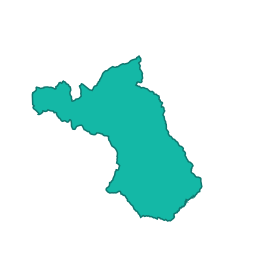 outline of Quan Son, Thanh Hóa, Vietnam, rotated 221°
{"feature_id": "81297802B81765499113898", "entity_name": "Quan Son", "entity_type": "district", "adm_level": 2, "iso_a3": "VNM", "parent_name": "Vietnam", "parent_adm1": "Thanh Hóa", "projection": "orthographic", "projection_center": [104.801, 20.254], "detail": "fine", "context": "isolated", "style": "filled", "palette": "teal", "viewbox_px": 256, "rotation_deg": 221, "n_neighbors": 0, "source": "geoboundaries", "source_scale": "gbopen_adm2", "svg_char_len": 5795}
<svg xmlns="http://www.w3.org/2000/svg" viewBox="0 0 256 256"><g transform="rotate(221 128 128)"><path d="M223.0,92.2L222.1,90.5L221.1,89.4L215.5,83.4L215.3,83.2L213.3,83.1L213.4,81.9L213.1,81.2L212.0,80.7L209.0,80.9L205.2,80.6L204.8,80.2L204.7,79.4L204.0,79.8L203.1,81.5L203.1,82.6L202.8,83.1L202.8,83.9L203.4,85.2L201.6,86.0L200.9,86.6L200.2,88.0L200.3,89.2L198.0,90.0L195.5,91.7L193.7,91.1L193.1,92.1L191.7,92.5L191.2,91.7L189.2,90.7L188.4,90.9L187.1,90.2L185.7,90.6L183.5,89.9L182.2,89.9L181.6,90.3L181.1,91.4L180.3,92.1L179.8,92.3L177.9,92.5L177.3,93.0L177.0,93.8L177.4,96.0L176.8,96.4L175.8,96.1L175.1,95.6L174.0,94.7L172.6,93.1L171.5,92.1L170.0,91.5L169.3,91.0L168.8,91.0L167.7,91.7L167.2,92.4L167.8,95.2L167.5,96.2L166.2,98.3L164.9,99.7L163.6,99.6L160.0,98.0L159.2,98.4L156.0,98.9L155.0,99.8L152.8,99.0L151.5,99.4L149.6,100.4L148.5,101.4L148.2,103.0L148.3,103.9L146.5,105.2L144.9,105.9L144.4,106.0L143.3,106.7L142.0,106.4L140.8,106.7L138.9,108.2L137.1,108.9L136.3,107.8L134.5,106.3L133.0,106.1L130.5,104.8L128.4,103.9L125.1,104.3L123.3,104.0L121.1,103.2L119.9,102.5L119.1,101.7L117.9,100.0L117.8,99.4L116.7,98.9L115.8,97.2L115.0,96.6L113.6,94.1L112.2,94.4L109.6,94.1L108.8,92.1L108.1,90.9L107.9,90.0L108.2,89.3L109.1,89.1L109.5,88.8L109.0,88.0L109.0,86.8L107.1,83.6L106.2,80.4L105.3,78.6L105.5,77.6L105.5,76.2L105.2,75.6L105.5,75.0L106.0,74.7L104.5,72.8L104.1,71.5L104.3,69.7L104.7,68.6L104.4,67.5L103.6,66.8L101.3,66.5L99.1,67.0L97.5,68.8L96.7,69.2L95.9,70.1L94.8,70.9L94.1,71.8L93.9,72.9L93.4,73.8L93.3,74.3L92.2,75.0L91.6,74.8L89.9,73.6L88.8,74.3L87.4,74.1L86.3,74.9L85.6,74.9L83.0,74.0L81.7,73.9L81.1,73.0L80.1,72.6L78.8,73.0L75.8,72.3L73.1,72.3L69.9,70.7L69.0,70.9L68.0,70.5L66.5,71.0L65.0,70.7L63.9,70.1L62.7,70.2L59.8,68.9L59.2,71.5L58.9,72.0L57.6,72.1L56.9,73.0L56.5,73.9L55.4,74.3L54.7,75.3L53.6,75.3L51.9,76.7L49.8,77.0L49.0,77.8L46.2,78.5L46.8,80.0L46.0,80.6L45.1,81.1L44.3,80.8L43.5,81.0L42.8,81.6L40.2,82.1L39.7,82.8L39.5,83.7L37.1,83.8L36.2,85.2L35.2,85.7L34.8,87.1L34.7,88.4L34.3,89.7L34.6,90.4L34.6,91.2L35.1,91.7L35.8,91.6L36.0,92.4L36.9,93.3L36.7,94.0L36.1,95.3L36.0,96.1L35.5,96.2L35.4,96.6L35.7,97.1L35.6,97.6L35.9,97.8L35.4,98.5L35.3,99.3L35.8,100.0L35.7,100.3L36.2,100.5L36.4,101.9L36.0,101.9L36.0,102.3L35.3,102.7L35.3,103.6L35.6,103.7L35.7,104.3L35.0,104.5L34.4,105.4L34.7,105.7L34.5,106.0L34.6,107.1L34.9,107.6L34.6,107.8L35.1,108.2L35.0,108.5L35.5,108.6L35.2,109.4L35.5,109.7L35.4,110.2L36.2,109.7L36.5,109.9L36.5,110.5L35.6,111.0L36.7,111.1L36.8,111.6L37.2,112.2L36.4,112.6L35.7,112.6L35.2,113.0L35.2,114.0L34.8,114.6L34.9,115.2L34.6,116.0L34.6,117.4L34.1,117.2L34.0,117.6L33.3,117.8L34.2,119.6L33.0,119.4L32.7,119.6L33.1,121.9L32.9,123.3L33.2,124.0L32.9,125.9L32.2,127.1L33.4,128.5L33.6,130.1L33.4,130.8L34.0,132.4L35.3,133.2L35.8,133.8L38.4,135.8L38.9,136.6L40.0,137.7L40.9,137.7L42.9,136.9L43.8,136.0L45.3,135.6L46.4,136.1L48.6,136.4L50.0,136.0L50.5,136.0L51.6,136.3L52.4,137.4L52.5,138.0L53.4,138.4L53.4,139.6L54.0,140.2L54.1,142.1L56.0,142.9L57.2,142.8L57.7,143.0L59.0,142.8L59.6,142.4L60.6,142.2L61.3,142.7L63.6,143.3L65.3,144.2L66.6,144.5L67.4,145.1L67.5,145.9L68.4,146.8L70.1,147.3L71.4,147.0L72.2,147.6L72.7,148.7L72.9,148.9L73.9,149.1L75.5,149.1L77.1,148.4L78.0,148.3L79.5,149.0L80.1,149.1L80.9,149.7L82.3,149.7L82.8,149.5L85.1,149.8L86.2,149.6L87.2,149.0L88.6,149.6L90.1,149.8L91.2,149.2L93.7,150.0L94.1,150.3L94.3,151.0L95.3,151.7L98.0,152.2L98.8,152.7L99.4,153.6L101.7,156.0L102.7,156.0L103.1,156.8L103.9,157.5L105.6,158.0L107.4,159.6L107.8,159.7L108.2,160.3L109.6,160.5L110.3,160.9L110.7,162.0L111.2,163.1L111.3,164.4L111.7,165.1L112.5,165.2L113.4,165.9L113.9,166.6L114.9,166.9L116.0,166.5L116.3,165.9L116.5,165.8L117.5,167.0L118.1,168.3L118.2,169.2L118.4,169.5L118.8,169.7L119.5,169.6L120.8,169.1L121.2,169.2L121.9,170.1L122.5,169.9L123.4,170.0L124.5,171.6L125.8,172.4L126.8,171.9L129.0,171.9L129.6,171.2L130.9,170.8L131.9,171.7L132.9,171.5L133.5,171.6L135.1,170.1L137.5,170.0L139.0,170.2L141.7,168.9L142.5,168.9L143.8,167.8L144.1,167.1L145.1,166.8L145.6,166.9L146.8,166.9L147.4,166.2L148.6,166.1L149.9,165.5L150.3,166.0L150.5,167.5L151.1,168.0L150.9,168.9L150.3,169.6L149.1,170.0L148.2,170.6L147.9,171.1L147.9,171.8L148.0,172.3L149.4,173.3L149.5,174.7L149.8,175.3L152.6,177.7L152.5,178.1L152.7,178.5L154.3,179.3L156.7,180.1L157.1,180.0L157.8,180.2L158.2,180.9L158.9,181.4L159.5,182.9L160.6,183.2L161.0,183.6L162.6,184.0L162.7,184.3L162.2,186.7L163.1,187.9L164.0,188.8L165.0,189.0L165.3,188.8L166.3,189.4L166.9,189.5L167.1,188.2L167.6,186.8L167.0,185.9L169.3,182.3L169.9,181.1L170.2,179.7L170.2,178.3L170.6,176.8L172.6,173.9L173.8,173.3L174.2,172.7L175.1,170.6L175.9,167.4L176.7,166.9L176.9,166.0L177.8,165.2L178.5,164.7L179.7,164.4L179.9,164.1L181.0,160.5L181.2,157.8L182.5,156.3L182.8,154.2L182.8,152.7L181.5,149.1L180.9,145.7L180.3,144.8L180.6,143.3L180.1,142.4L180.2,141.4L179.9,140.5L179.5,140.1L179.8,138.9L180.5,137.9L180.7,137.2L180.5,135.9L179.9,134.5L179.9,133.4L179.7,132.8L182.1,131.6L190.9,131.3L192.1,130.8L191.7,129.0L191.7,128.5L192.2,128.1L192.0,127.7L188.8,126.1L186.7,123.9L186.5,123.3L184.2,121.3L184.3,119.0L184.5,117.7L186.3,115.5L186.2,114.2L187.2,112.2L187.8,111.6L188.4,111.7L188.9,112.6L189.7,112.8L191.2,114.5L193.2,115.0L194.7,116.1L195.5,117.3L196.0,119.0L197.2,120.1L198.6,121.1L199.6,120.8L201.3,121.5L202.4,121.4L203.6,120.8L204.6,121.3L205.8,121.4L206.8,120.9L207.5,121.0L207.8,120.0L207.3,119.1L207.5,118.2L209.1,117.9L209.6,116.5L209.1,115.8L209.1,114.2L208.8,113.7L208.8,113.2L209.3,112.7L209.5,111.7L208.2,110.5L208.2,110.2L208.9,109.4L210.4,109.2L212.9,108.2L213.7,107.2L215.6,106.2L216.6,105.3L218.1,103.7L217.8,103.2L219.8,100.6L220.5,100.2L221.3,100.1L223.8,98.8L223.8,98.2L222.3,96.8L222.1,95.8L222.3,94.5L222.6,93.9L222.5,92.6L223.0,92.2Z" fill="#14b8a6" stroke="#0f766e" stroke-width="1.5"/></g></svg>